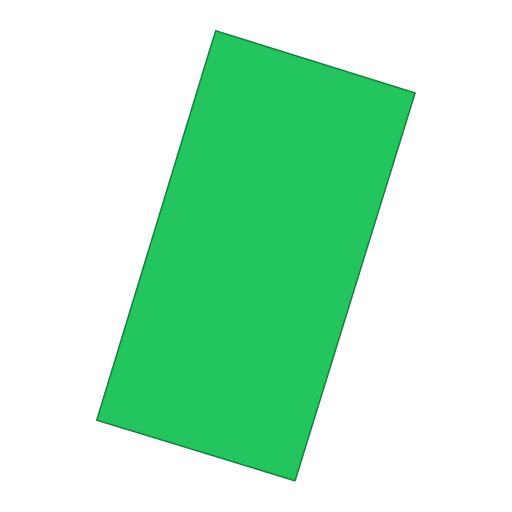 Logan, North Dakota, United States of America, rotated 107°
{"feature_id": "52423323B86928550468841", "entity_name": "Logan", "entity_type": "district", "adm_level": 2, "iso_a3": "USA", "parent_name": "United States of America", "parent_adm1": "North Dakota", "projection": "equal_earth", "projection_center": [-99.372, 46.458], "detail": "fine", "context": "isolated", "style": "filled", "palette": "green", "viewbox_px": 512, "rotation_deg": 107, "n_neighbors": 0, "source": "geoboundaries", "source_scale": "gbopen_adm2", "svg_char_len": 276}
<svg xmlns="http://www.w3.org/2000/svg" viewBox="0 0 512 512"><g transform="rotate(107 256 256)"><path d="M459.6,153.1L457.8,152.9L268.8,152.3L53.6,151.5L52.4,360.3L70.1,360.5L459.6,360.3L459.5,256.2L459.6,153.1Z" fill="#22c55e" stroke="#15803d" stroke-width="1.5"/></g></svg>